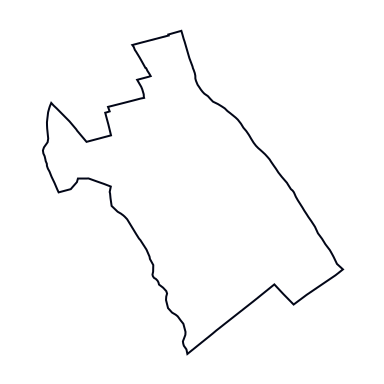 Mburucuyá, Corrientes, Argentina (Robinson projection), rotated 267°
{"feature_id": "61730980B72186775994784", "entity_name": "Mburucuyá", "entity_type": "district", "adm_level": 2, "iso_a3": "ARG", "parent_name": "Argentina", "parent_adm1": "Corrientes", "projection": "robinson", "projection_center": [-58.145, -28.012], "detail": "fine", "context": "isolated", "style": "outline", "palette": "ink", "viewbox_px": 384, "rotation_deg": 267, "n_neighbors": 0, "source": "geoboundaries", "source_scale": "gbopen_adm2", "svg_char_len": 2508}
<svg xmlns="http://www.w3.org/2000/svg" viewBox="0 0 384 384"><g transform="rotate(267 192 192)"><path d="M353.5,189.8L350.5,176.6L349.5,176.9L343.9,149.6L341.9,140.1L339.9,141.4L336.8,142.4L335.2,143.4L328.7,146.9L318.3,152.0L318.1,152.7L315.4,153.8L312.1,155.7L309.9,156.8L309.3,154.6L306.9,143.1L302.8,145.2L299.7,146.8L297.1,147.7L292.1,148.9L289.5,148.9L288.5,149.1L288.0,145.6L286.7,139.3L284.4,127.9L282.3,117.3L281.4,112.6L276.8,114.0L275.9,110.6L275.7,109.5L271.8,110.3L269.0,110.9L263.9,112.0L252.8,114.1L247.6,89.3L250.5,87.1L259.2,80.5L260.6,79.7L268.9,73.4L282.6,61.2L285.5,58.4L288.3,56.1L284.7,54.4L282.8,53.7L279.5,52.6L278.7,52.4L275.7,51.9L272.3,51.3L269.2,50.8L265.8,50.7L264.7,50.7L262.7,50.7L261.0,50.8L256.7,51.0L252.9,51.2L249.2,50.4L246.7,48.4L244.3,46.5L241.3,45.3L238.2,45.6L235.5,46.7L231.6,47.4L230.6,47.5L227.8,48.5L225.7,48.5L222.9,49.3L219.8,50.8L214.7,52.5L208.2,55.2L201.6,57.6L198.6,58.8L201.2,71.1L202.7,72.5L207.9,77.6L211.4,78.8L210.9,89.5L207.3,98.1L204.6,104.7L201.7,111.2L196.3,109.8L194.9,110.1L190.1,110.3L182.3,111.0L176.2,116.7L173.9,120.2L173.0,121.2L172.4,122.0L170.8,123.6L168.2,125.8L152.8,134.1L148.5,136.5L147.8,137.0L146.7,137.9L136.9,143.5L129.7,146.2L127.3,146.5L121.1,149.5L114.4,149.0L111.5,148.2L109.8,148.6L108.2,149.6L107.1,151.3L105.3,152.9L103.4,153.8L101.3,154.2L99.7,156.1L98.0,158.1L94.4,161.1L91.9,161.8L88.9,160.8L85.5,160.4L77.3,162.0L72.6,165.8L70.3,169.3L68.6,171.2L64.3,174.0L60.8,176.5L52.6,178.2L49.7,177.9L46.2,176.4L43.3,175.1L41.1,175.3L38.9,175.8L35.1,178.2L30.5,178.9L49.5,205.2L52.4,209.0L79.9,248.0L95.4,269.4L85.4,277.8L74.3,287.6L83.3,301.1L101.3,330.9L106.8,338.7L112.6,333.0L119.6,330.1L122.6,328.7L126.8,326.6L132.8,322.5L138.5,319.4L144.2,315.6L150.8,313.0L156.7,309.6L161.0,306.9L163.5,305.5L167.6,303.1L170.5,301.6L173.7,299.8L178.1,297.3L181.9,295.4L184.6,294.4L186.4,293.7L188.2,292.5L189.7,290.9L194.3,288.3L196.2,287.3L198.5,285.5L202.5,282.4L206.9,279.3L211.1,276.9L213.6,275.3L218.0,272.6L220.5,271.2L222.6,269.6L225.8,267.0L230.2,262.7L232.4,260.4L234.8,258.3L238.0,256.1L242.0,253.9L245.9,251.9L250.0,249.4L253.5,246.7L257.6,244.5L261.9,241.5L264.1,239.4L268.7,234.3L271.0,231.6L273.8,229.1L276.0,226.1L278.4,222.6L281.1,217.7L284.0,215.2L286.9,212.9L289.5,209.5L291.5,207.8L293.8,206.2L296.7,204.5L298.8,203.2L302.8,201.8L305.1,201.3L307.9,201.4L310.6,201.0L314.0,200.0L315.6,199.4L317.3,199.1L325.8,196.4L342.5,192.5L345.3,191.7L349.8,190.7L353.5,189.8Z" fill="none" stroke="#020617" stroke-width="2"/></g></svg>